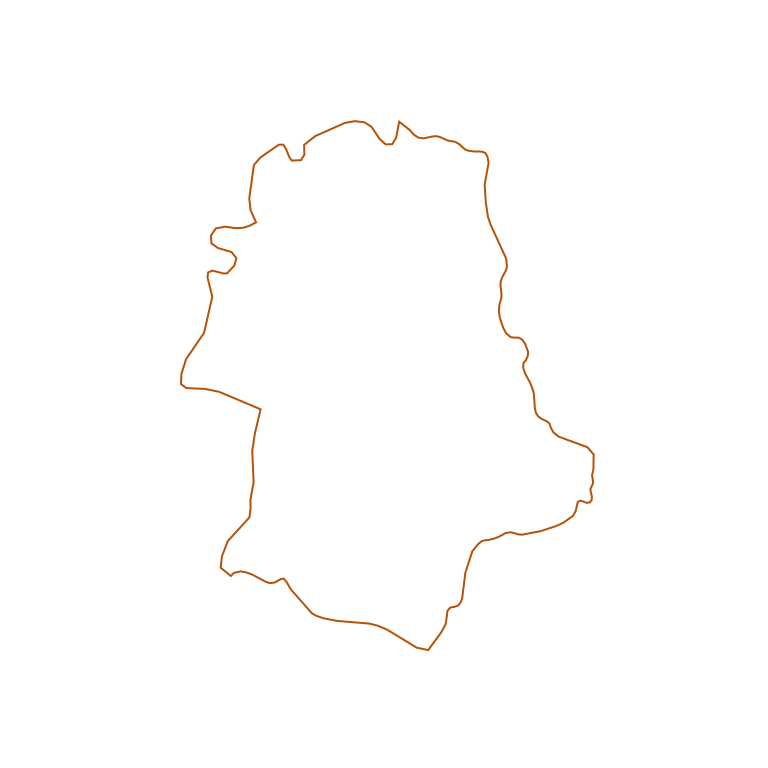 SVG path tracing the border of Lot, rotated 127°
{"feature_id": "FRA-5318", "entity_name": "Lot", "entity_type": "Metropolitan department", "adm_level": 1, "iso_a3": "FRA", "parent_name": "France", "parent_adm1": "", "projection": "mercator", "projection_center": [1.542, 44.633], "detail": "fine", "context": "isolated", "style": "outline", "palette": "amber", "viewbox_px": 768, "rotation_deg": 127, "n_neighbors": 0, "source": "natural_earth", "source_scale": "10m", "svg_char_len": 2374}
<svg xmlns="http://www.w3.org/2000/svg" viewBox="0 0 768 768"><g transform="rotate(127 384 384)"><path d="M629.5,390.8L629.0,403.9L619.2,409.7L603.5,414.2L571.6,411.2L564.1,415.4L557.0,420.9L541.1,428.9L516.8,448.9L500.9,457.5L478.5,467.3L489.5,511.1L495.6,523.9L506.2,539.4L506.2,546.1L498.0,551.8L483.3,557.0L451.4,558.5L417.7,573.6L405.1,589.1L400.8,591.6L396.8,589.4L392.3,578.7L390.1,575.9L379.5,574.8L372.4,577.6L370.4,585.2L375.3,598.3L375.6,606.4L369.5,611.6L360.9,611.9L353.8,605.4L349.1,596.7L344.4,590.9L338.9,586.8L331.9,583.5L325.5,595.1L317.0,603.2L287.4,619.7L277.4,619.0L256.2,612.0L253.4,608.4L255.9,602.5L259.7,596.4L261.1,592.2L255.2,585.0L248.8,585.6L241.1,591.7L227.4,588.1L198.9,572.3L191.5,565.3L186.8,557.1L186.1,548.8L191.0,534.9L191.6,526.9L187.6,521.8L180.0,522.5L165.4,529.7L165.7,516.0L166.9,510.6L166.6,505.0L164.0,500.2L157.2,494.3L154.5,491.2L153.0,487.7L151.4,480.5L150.2,477.4L148.7,474.9L147.7,472.3L147.2,468.6L147.9,460.4L147.1,457.5L145.4,454.2L143.2,450.7L140.6,447.4L139.3,445.0L138.5,442.0L140.1,438.3L144.5,433.5L164.2,423.6L170.6,418.1L177.8,411.9L188.0,401.5L192.5,394.9L210.4,361.8L216.3,356.4L220.3,354.9L227.9,353.8L231.5,352.6L234.9,350.6L240.7,345.0L244.1,342.3L251.5,339.4L256.3,336.4L261.1,331.7L267.3,322.8L270.0,316.9L270.3,311.0L268.3,307.4L266.0,304.5L265.4,300.4L266.9,295.6L271.7,288.1L275.7,285.8L279.9,285.0L283.4,285.2L287.1,282.8L290.6,277.8L295.1,268.0L298.4,262.6L301.5,258.5L312.7,248.8L315.5,245.5L317.1,241.2L317.1,237.5L315.9,232.2L315.9,228.2L318.6,224.3L320.7,219.4L320.9,212.8L312.1,183.5L314.1,174.2L325.8,165.6L332.0,162.7L333.3,161.1L337.4,157.3L343.8,155.9L345.1,154.6L348.8,150.2L351.8,148.3L354.7,148.4L357.0,150.7L357.9,154.0L358.9,156.9L361.4,158.3L370.3,154.4L375.5,153.7L387.3,157.5L393.9,161.1L407.4,170.5L421.3,183.1L423.4,186.5L424.6,190.0L426.3,193.7L429.7,197.1L437.4,200.6L442.2,203.8L446.0,207.0L448.2,209.5L450.9,211.5L455.6,212.5L464.5,212.8L485.8,205.4L508.5,192.4L512.4,191.3L516.0,191.4L519.7,193.7L521.8,196.0L524.0,196.8L527.1,196.7L537.5,190.8L539.6,190.1L548.1,188.8L569.9,188.6L574.9,199.2L578.3,233.5L580.7,243.3L584.1,251.4L601.3,278.7L607.6,291.5L609.8,298.4L610.5,303.7L604.1,334.8L600.7,342.8L599.8,347.1L601.8,349.0L608.3,351.8L611.6,355.2L613.0,358.8L615.6,374.9L617.5,380.9L619.9,385.7L625.2,390.2L629.5,390.8Z" fill="none" stroke="#b45309" stroke-width="2"/></g></svg>